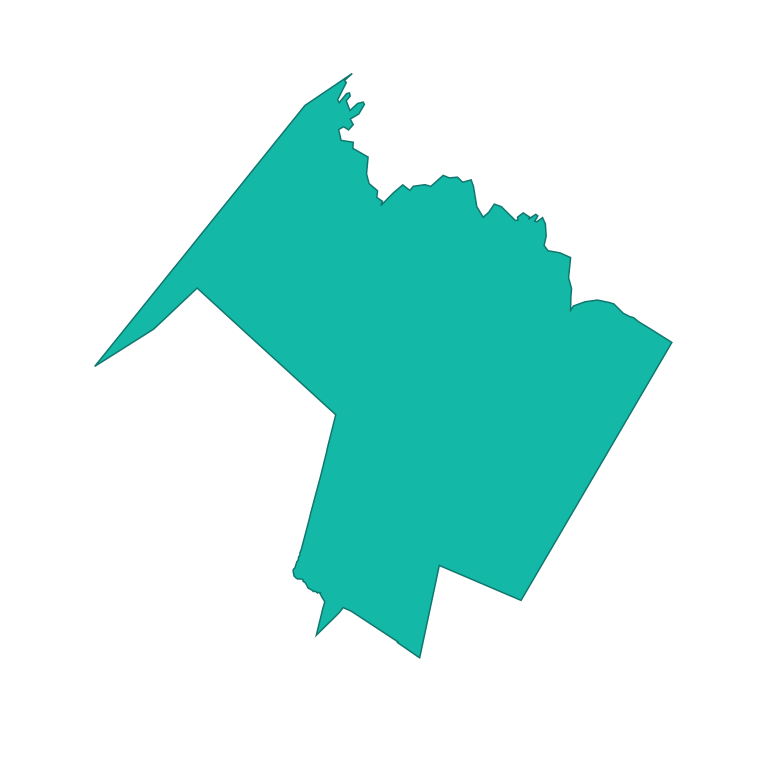 the district of Santa Cruz Tacache de Mina, Oaxaca, Mexico, rotated 43°
{"feature_id": "50627088B6495854920527", "entity_name": "Santa Cruz Tacache de Mina", "entity_type": "district", "adm_level": 2, "iso_a3": "MEX", "parent_name": "Mexico", "parent_adm1": "Oaxaca", "projection": "natural_earth1", "projection_center": [-98.17, 17.817], "detail": "fine", "context": "isolated", "style": "filled", "palette": "teal", "viewbox_px": 768, "rotation_deg": 43, "n_neighbors": 0, "source": "geoboundaries", "source_scale": "gbopen_adm2", "svg_char_len": 2150}
<svg xmlns="http://www.w3.org/2000/svg" viewBox="0 0 768 768"><g transform="rotate(43 384 384)"><path d="M136.2,234.3L136.7,241.0L139.5,280.1L140.7,296.5L142.2,317.2L143.5,334.3L144.7,351.4L146.0,369.9L147.5,390.2L148.4,403.2L149.6,418.4L150.6,432.6L151.6,447.1L155.1,495.1L160.4,568.4L178.1,501.0L178.8,490.7L181.9,441.3L189.4,441.2L249.3,440.7L369.7,439.4L386.8,470.4L388.4,472.8L392.0,479.4L399.3,492.5L400.5,494.6L401.0,495.6L411.6,515.6L411.8,515.9L418.8,529.1L420.2,531.4L423.9,538.2L426.5,543.1L436.5,561.7L437.6,564.8L439.2,566.5L439.5,568.8L441.5,571.6L441.4,573.3L444.2,579.1L444.2,581.7L445.8,583.4L447.9,584.8L449.1,585.8L451.8,585.9L453.8,585.5L457.0,582.6L458.7,582.6L459.1,583.4L462.5,583.1L467.7,585.0L472.4,583.8L473.7,584.0L475.4,582.4L477.8,582.2L477.6,581.7L480.1,580.2L480.3,580.9L483.6,582.1L489.2,583.6L493.0,591.2L493.7,592.4L494.0,592.8L502.9,608.7L503.4,609.6L504.5,611.5L505.2,612.6L505.8,613.8L507.1,585.2L507.1,583.2L507.2,581.9L506.6,575.4L507.3,575.1L507.8,575.0L514.3,572.7L517.8,572.0L570.1,563.1L570.2,563.9L594.0,560.4L596.8,559.9L548.2,479.0L631.8,448.8L616.8,382.0L566.2,157.3L543.1,161.7L527.3,164.9L521.5,165.2L517.7,167.1L510.8,169.1L497.3,168.7L495.9,169.5L493.3,170.7L482.9,177.0L475.0,186.7L469.4,197.6L470.2,202.8L461.2,192.8L457.1,187.5L455.9,186.2L446.5,180.4L434.3,164.3L423.2,168.1L413.0,174.7L406.6,173.5L401.8,165.3L392.9,156.9L386.5,154.2L385.2,161.0L383.2,162.2L381.9,156.2L379.3,156.4L377.2,165.2L376.9,162.6L369.1,163.9L367.9,170.8L370.2,172.9L368.5,174.8L348.8,174.3L342.0,177.2L343.5,187.0L342.8,194.4L330.9,191.0L314.7,178.5L308.5,175.3L303.9,182.8L296.7,182.6L291.2,188.7L285.0,191.1L283.5,207.6L278.0,210.3L270.6,219.4L270.9,224.8L261.9,225.6L260.5,237.6L260.0,255.7L258.2,251.5L251.5,252.5L247.5,247.1L236.4,247.6L227.9,242.2L217.6,228.9L200.5,232.9L196.6,228.2L186.4,235.1L177.3,228.8L179.0,223.4L184.8,222.3L184.6,215.3L178.6,213.3L181.4,203.7L179.0,192.9L176.5,192.0L173.4,196.8L172.6,207.2L163.2,202.6L162.9,196.4L160.2,194.7L158.6,197.1L159.2,206.8L159.4,208.8L156.3,207.8L150.8,189.2L148.1,189.0L149.0,178.5L136.2,234.3Z" fill="#14b8a6" stroke="#0f766e" stroke-width="1.5"/></g></svg>